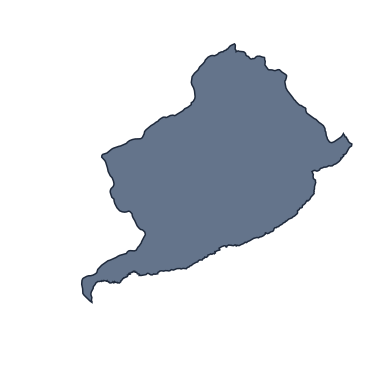 the district of Cabrera, Cundinamarca, Colombia, rotated 45°
{"feature_id": "7082276B86545792677469", "entity_name": "Cabrera", "entity_type": "district", "adm_level": 2, "iso_a3": "COL", "parent_name": "Colombia", "parent_adm1": "Cundinamarca", "projection": "albers", "projection_center": [-74.42, 3.884], "detail": "fine", "context": "isolated", "style": "filled", "palette": "slate", "viewbox_px": 384, "rotation_deg": 45, "n_neighbors": 0, "source": "geoboundaries", "source_scale": "gbopen_adm2", "svg_char_len": 6009}
<svg xmlns="http://www.w3.org/2000/svg" viewBox="0 0 384 384"><g transform="rotate(45 192 192)"><path d="M117.3,57.2L116.1,60.3L115.7,62.0L116.1,65.8L115.6,66.6L115.8,67.5L114.9,69.3L114.8,70.9L113.5,72.4L113.3,73.5L112.7,74.2L112.7,76.7L111.7,79.6L109.7,81.2L108.9,82.5L108.0,85.3L108.1,89.3L108.9,91.1L109.1,93.6L109.0,98.2L110.0,101.3L109.8,106.3L110.5,110.3L114.0,115.0L116.0,116.2L119.4,117.2L122.1,118.6L126.8,122.4L128.0,124.1L128.8,127.1L128.4,129.5L129.6,130.6L129.7,131.2L129.1,135.3L128.0,138.1L128.1,141.1L126.5,147.4L126.1,149.6L125.8,150.2L124.1,151.2L122.6,153.2L121.5,156.9L120.8,157.9L120.1,158.0L118.7,159.5L118.0,162.1L117.7,164.1L117.9,166.0L117.2,168.2L116.9,170.9L116.1,173.9L115.5,180.5L115.7,182.7L117.1,184.8L118.3,188.4L118.4,188.9L118.1,190.4L117.3,191.5L114.3,194.7L112.8,197.0L111.5,199.9L111.1,202.7L111.3,203.6L111.0,204.7L108.8,210.3L108.1,211.2L105.4,216.7L104.9,218.5L104.3,224.6L102.3,228.5L102.4,229.8L103.5,231.2L108.2,231.4L110.0,232.0L115.1,234.7L118.3,236.8L122.7,238.3L125.5,238.4L128.9,239.9L131.1,241.4L131.7,242.2L132.4,243.8L132.4,246.8L133.0,248.4L133.8,249.5L134.7,250.2L139.0,252.4L141.8,252.2L143.2,253.4L145.5,254.7L150.1,256.2L154.1,256.4L156.6,255.4L158.6,253.9L159.7,252.5L160.7,250.4L161.9,249.7L162.9,249.7L164.9,249.8L166.9,251.2L168.6,251.9L171.8,252.7L177.1,254.7L179.7,255.0L182.0,254.9L183.8,253.8L185.8,253.7L186.9,253.7L188.9,254.9L189.4,255.7L190.0,258.1L191.5,262.8L192.1,263.8L192.8,267.5L192.8,269.2L193.7,272.6L192.9,274.4L189.7,277.2L188.8,278.6L188.7,280.4L189.1,281.8L185.7,287.9L184.9,290.3L184.7,291.7L182.3,298.0L181.2,300.0L179.9,307.7L180.1,313.4L181.7,316.4L181.6,318.0L180.8,320.7L179.6,322.8L178.1,324.4L177.2,326.1L176.1,329.7L176.1,330.8L176.8,332.4L179.2,335.2L183.0,337.7L186.6,340.9L188.8,341.3L196.8,341.2L199.3,340.8L198.7,340.2L197.5,339.8L195.8,337.4L193.4,336.3L192.1,335.0L191.4,333.7L190.3,330.1L189.2,328.7L188.9,325.9L188.3,324.3L188.6,323.5L188.5,322.1L189.8,320.8L190.5,319.6L191.3,319.2L191.1,318.6L191.3,318.6L191.3,318.3L191.6,318.3L192.2,317.8L192.4,317.3L192.2,316.9L194.3,315.6L194.5,314.9L194.9,315.3L195.4,314.8L196.4,314.7L196.6,314.3L197.4,314.6L198.4,314.3L199.4,312.9L199.5,312.3L199.9,311.9L199.7,311.5L200.6,311.6L200.5,310.0L200.8,310.0L201.2,310.5L201.3,310.0L201.7,310.0L202.9,309.2L203.0,308.8L203.9,308.8L204.2,308.2L205.0,307.7L205.1,305.7L204.5,305.1L204.7,303.3L204.3,302.4L205.0,300.8L204.6,301.2L204.4,301.0L205.2,299.6L205.4,298.6L205.8,298.4L206.0,297.4L205.8,296.9L205.1,296.4L205.5,295.9L205.3,295.0L205.8,294.5L205.1,294.6L205.0,293.8L205.2,293.6L205.8,293.5L206.0,291.6L206.5,291.2L206.5,289.9L207.0,289.8L206.9,289.0L207.8,288.4L208.5,289.0L209.6,287.9L211.3,288.5L212.3,287.5L212.7,287.5L213.6,288.4L214.2,287.6L214.3,287.7L215.0,287.1L217.9,282.9L217.9,281.4L218.1,280.9L219.1,280.2L220.8,279.9L221.6,279.6L222.5,278.7L222.9,276.9L223.9,276.4L225.1,274.8L225.6,274.0L225.0,273.5L224.8,272.9L225.2,271.6L225.1,271.0L225.9,269.5L228.0,267.9L228.7,266.5L230.4,264.9L231.1,264.5L232.0,263.4L232.3,261.5L234.1,260.3L235.5,256.9L237.7,254.5L238.7,254.2L239.7,252.3L242.3,250.2L242.1,249.0L242.3,248.1L242.9,247.2L242.8,245.7L243.5,244.5L243.7,242.0L244.7,238.7L245.5,237.4L245.1,236.1L245.4,234.7L247.3,232.9L246.9,231.7L247.4,230.4L247.0,229.0L248.0,228.5L248.5,227.7L248.5,226.0L247.9,225.4L247.9,225.1L248.8,223.7L248.9,222.6L250.1,222.0L250.5,220.4L251.5,219.9L251.3,219.4L251.6,218.7L250.4,218.0L251.0,217.6L251.0,216.6L251.7,215.0L252.7,213.4L252.5,213.1L251.1,212.8L250.8,212.3L251.3,211.3L251.6,209.6L252.3,208.5L252.5,207.6L253.2,206.8L253.9,206.5L254.9,206.8L255.4,206.4L254.9,205.3L255.5,203.4L256.7,202.7L257.1,202.0L258.0,201.7L259.4,200.5L259.8,198.9L260.5,198.7L261.2,199.0L261.6,198.8L261.7,198.3L261.5,197.8L262.9,196.9L263.4,196.3L263.7,194.9L264.9,192.1L265.1,189.9L266.1,189.5L266.3,189.1L266.5,187.3L267.2,185.9L268.4,181.1L270.1,178.2L271.5,177.3L271.6,176.2L272.8,174.3L273.5,172.0L273.4,170.5L273.6,170.1L272.8,169.0L273.0,168.7L274.7,168.2L275.0,167.7L275.7,166.1L275.7,164.9L276.9,162.7L276.8,161.4L275.9,159.8L275.8,158.7L276.9,157.5L276.8,156.7L277.8,155.1L277.6,154.2L278.0,152.4L278.4,151.7L278.5,150.1L278.4,149.2L279.1,147.9L279.1,147.1L278.8,146.6L279.4,145.8L279.5,142.9L281.0,139.5L280.9,138.4L281.5,136.4L281.7,132.7L281.0,131.7L279.8,130.6L280.2,128.6L279.7,127.2L280.6,125.7L280.8,125.0L279.6,123.2L280.0,122.0L280.1,120.0L279.4,117.4L279.4,116.6L280.3,116.5L280.5,114.0L279.7,111.5L279.5,107.0L279.3,106.6L278.4,106.1L277.9,105.1L277.2,104.8L276.5,103.3L274.9,101.7L272.7,97.7L271.7,97.2L270.9,96.3L268.4,96.7L266.6,95.4L265.4,93.8L264.9,93.6L263.7,93.4L263.2,92.8L262.4,92.7L262.9,90.7L263.4,90.3L263.5,89.8L265.2,89.2L266.0,88.3L266.6,86.2L266.2,85.1L266.3,84.2L267.3,82.5L267.7,81.1L268.5,80.4L269.6,78.9L270.2,76.5L271.3,75.9L272.7,74.3L272.9,72.3L273.7,70.7L274.0,69.5L274.4,66.4L274.2,63.5L273.5,63.1L273.3,62.6L274.0,61.9L273.7,60.7L273.9,59.7L273.6,58.9L272.7,58.6L273.5,57.0L273.7,55.8L271.9,49.8L271.9,48.4L272.3,46.7L271.1,45.0L268.8,45.7L267.1,45.7L265.5,45.2L265.0,44.8L263.9,44.9L262.4,44.1L261.2,44.8L259.6,44.0L258.5,44.0L257.8,43.7L258.4,45.7L258.5,48.0L257.0,55.9L256.0,58.2L254.9,59.0L253.8,59.4L250.3,58.8L249.3,58.1L247.1,57.2L244.1,54.9L243.0,54.7L241.1,53.1L238.0,52.2L234.4,52.6L232.9,53.0L228.4,53.0L226.2,53.7L217.7,55.0L216.8,54.9L214.8,53.9L213.4,52.5L212.4,52.5L211.0,53.1L208.1,53.6L206.7,54.5L205.0,54.6L201.6,54.6L200.4,54.3L199.1,54.5L196.5,54.0L187.8,52.9L184.7,51.9L179.9,48.6L179.2,47.8L179.1,46.8L177.9,44.5L176.8,43.0L176.3,42.7L175.0,42.7L170.8,43.6L167.4,43.7L166.3,44.7L165.1,47.2L164.3,48.0L162.2,49.1L160.0,51.2L159.4,51.5L153.7,50.6L151.3,47.7L150.0,47.2L148.5,45.8L148.0,45.7L146.4,46.8L143.9,48.0L142.1,49.9L141.7,51.4L141.8,53.2L141.4,54.0L140.5,54.7L140.3,55.5L139.8,56.2L138.6,56.6L136.1,56.3L134.6,57.0L133.5,57.1L131.7,56.1L130.1,56.1L129.1,56.5L126.1,59.0L124.8,59.6L124.0,61.6L123.4,60.9L121.4,60.4L119.1,57.8L118.3,57.3L117.3,57.2Z" fill="#64748b" stroke="#1e293b" stroke-width="1.5"/></g></svg>